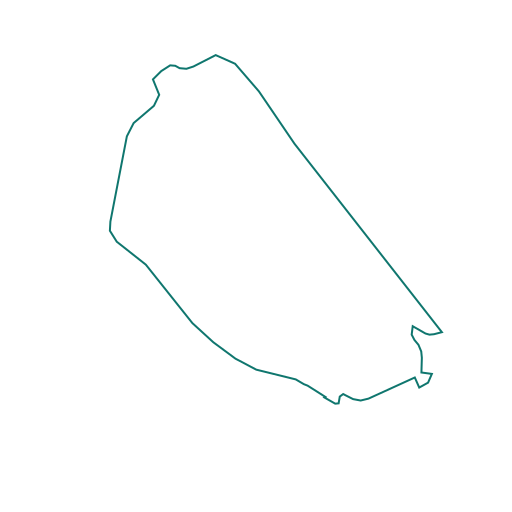 the border of Misamis Occidental, rotated 143°
{"feature_id": "PHL-2523", "entity_name": "Misamis Occidental", "entity_type": "Province", "adm_level": 1, "iso_a3": "PHL", "parent_name": "Philippines", "parent_adm1": "", "projection": "mercator", "projection_center": [123.686, 8.339], "detail": "fine", "context": "isolated", "style": "outline", "palette": "teal", "viewbox_px": 512, "rotation_deg": 143, "n_neighbors": 0, "source": "natural_earth", "source_scale": "10m", "svg_char_len": 756}
<svg xmlns="http://www.w3.org/2000/svg" viewBox="0 0 512 512"><g transform="rotate(143 256 256)"><path d="M153.4,83.3L160.9,86.4L164.8,88.8L167.3,92.1L173.1,105.6L179.0,99.5L180.0,93.6L179.7,87.3L181.5,80.3L184.8,74.9L194.0,63.4L186.5,56.0L194.8,51.3L204.8,52.7L202.3,63.4L252.0,74.4L259.4,77.6L264.6,83.3L269.5,93.3L273.7,93.3L278.7,88.6L281.6,90.4L286.5,101.8L285.4,101.7L292.8,121.4L294.9,124.8L298.5,133.5L324.2,165.1L334.2,186.4L342.0,212.8L347.2,240.7L349.2,315.4L358.6,351.2L357.5,364.1L351.6,371.1L287.1,429.3L273.7,435.8L247.1,437.4L236.3,443.0L232.0,459.1L220.4,460.7L209.8,459.9L206.0,456.5L204.0,452.0L198.9,447.4L192.0,445.0L167.3,440.7L157.0,422.1L154.6,385.7L157.7,322.5L153.4,83.3Z" fill="none" stroke="#0f766e" stroke-width="2"/></g></svg>